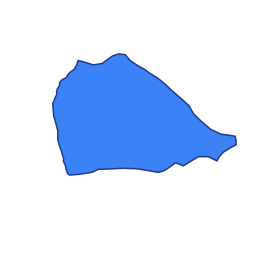 outline of Kabbia, Mayo-Kebbi Est, Chad, rotated 49°
{"feature_id": "50815135B59741228858752", "entity_name": "Kabbia", "entity_type": "district", "adm_level": 2, "iso_a3": "TCD", "parent_name": "Chad", "parent_adm1": "Mayo-Kebbi Est", "projection": "orthographic", "projection_center": [15.352, 9.53], "detail": "fine", "context": "isolated", "style": "filled", "palette": "blue", "viewbox_px": 256, "rotation_deg": 49, "n_neighbors": 0, "source": "geoboundaries", "source_scale": "gbopen_adm2", "svg_char_len": 1468}
<svg xmlns="http://www.w3.org/2000/svg" viewBox="0 0 256 256"><g transform="rotate(49 128 128)"><path d="M204.6,52.5L199.5,56.7L193.7,61.9L183.1,66.5L170.4,68.4L160.2,69.2L150.9,67.3L139.5,68.8L128.5,70.4L120.0,71.1L109.5,72.9L101.3,75.5L93.8,77.3L87.7,79.6L78.8,82.1L70.8,82.0L65.9,86.4L63.5,92.5L62.3,105.3L57.7,112.7L50.0,117.5L44.4,121.2L45.2,122.9L46.7,125.2L47.4,127.1L48.4,130.1L48.1,133.6L47.9,135.8L48.3,137.2L48.3,137.3L48.3,138.3L48.5,139.3L49.3,140.3L49.3,141.5L49.3,142.5L49.0,143.6L48.7,144.5L48.4,146.0L48.5,147.7L48.7,149.1L48.7,149.4L49.4,150.2L51.1,152.1L51.3,152.9L51.5,153.5L51.7,154.2L52.0,155.6L53.8,158.1L55.9,159.9L57.8,164.1L58.3,164.9L58.9,166.0L59.2,166.5L59.9,168.4L61.1,169.4L63.2,171.0L70.0,176.1L75.5,178.6L77.4,179.5L83.8,182.7L84.5,183.1L90.4,188.5L93.1,189.8L95.8,191.1L98.8,192.3L102.9,193.9L104.7,194.8L106.0,195.5L108.8,196.5L110.2,198.1L110.3,198.3L111.7,198.9L111.9,198.9L112.6,199.1L112.9,199.2L113.4,199.4L114.7,199.7L115.4,200.0L117.0,200.8L117.3,200.9L118.6,201.9L120.4,202.5L122.9,203.5L123.1,203.4L125.2,202.9L130.8,195.4L137.7,184.4L139.8,177.4L148.3,166.9L151.3,163.0L154.4,159.2L156.2,157.0L163.2,149.5L163.9,148.7L167.8,145.3L169.1,144.3L169.9,143.6L170.9,142.8L181.5,134.1L183.8,129.2L183.9,128.5L184.6,124.7L185.4,114.9L192.8,111.2L195.4,96.0L195.7,94.5L195.8,93.8L202.2,86.3L211.2,82.4L209.5,77.7L208.8,71.9L209.9,64.8L211.6,57.4L208.7,54.9L204.6,52.5Z" fill="#3b82f6" stroke="#1e3a8a" stroke-width="1.5"/></g></svg>